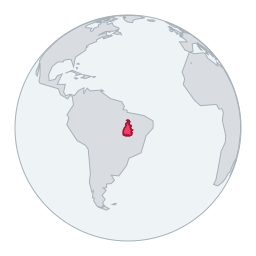 the Earth from above Tocantins
{"feature_id": "BRA-596", "entity_name": "Tocantins", "entity_type": "State", "adm_level": 1, "iso_a3": "BRA", "parent_name": "Brazil", "parent_adm1": "", "projection": "orthographic", "projection_center": [-48.148, -9.274], "detail": "fine", "context": "on_globe", "style": "filled", "palette": "rose", "viewbox_px": 256, "rotation_deg": 0, "n_neighbors": 0, "source": "natural_earth", "source_scale": "10m", "svg_char_len": 8977}
<svg xmlns="http://www.w3.org/2000/svg" viewBox="0 0 256 256"><circle cx="128" cy="128" r="113" fill="#eef3f6" stroke="#a8b0b8"/><path d="M90.3,21.8L90.2,22.0L92.5,21.2L93.7,21.1L96.7,20.2L95.7,20.8L99.0,19.7L99.3,19.4L100.9,18.9L102.7,18.5L101.8,18.9L100.7,19.2L101.4,19.2L100.1,19.7L101.8,19.2L100.4,20.1L104.5,18.7L105.6,18.9L104.0,19.7L100.6,20.3L88.5,24.7L85.8,26.3L85.4,27.6L91.9,28.2L90.4,29.9L90.9,31.7L93.3,30.2L93.8,28.4L98.5,26.5L98.5,24.8L100.4,23.9L101.9,22.2L105.4,21.9L108.1,22.5L107.1,24.0L108.2,24.5L112.2,22.8L113.3,25.7L119.1,28.1L118.9,29.2L113.2,31.2L105.4,31.5L97.9,35.5L106.6,32.5L106.1,35.7L107.6,36.1L109.9,35.9L111.5,34.6L112.2,35.8L103.8,38.8L103.1,37.8L105.8,36.7L102.1,37.1L96.5,39.8L96.7,41.5L88.0,44.9L88.1,46.3L86.2,48.0L86.7,45.4L85.6,50.3L75.4,57.1L73.6,66.8L71.2,59.7L67.9,59.4L63.5,60.4L63.1,61.9L58.0,61.9L52.3,66.3L48.6,74.7L49.1,80.6L55.0,79.5L57.5,75.6L62.2,74.0L57.2,84.3L65.3,84.4L63.6,92.1L65.7,95.8L70.1,94.2L74.5,95.6L78.2,90.7L84.0,87.8L83.6,94.0L87.1,88.1L90.0,90.9L101.7,90.0L100.7,91.5L110.5,98.6L121.8,101.8L124.4,106.5L123.0,109.4L127.1,110.3L127.1,112.3L144.0,115.6L153.1,121.0L153.1,127.9L146.1,135.7L141.1,152.8L128.9,158.3L126.7,165.4L118.8,175.9L111.3,175.2L114.5,180.4L111.1,183.6L106.5,184.0L106.6,187.7L103.2,187.9L106.1,190.3L102.1,195.4L105.0,199.3L102.5,203.3L104.5,205.6L103.0,205.6L101.8,206.6L102.2,207.9L96.9,206.0L93.7,200.8L94.3,198.1L92.3,197.8L93.4,190.7L91.8,192.3L89.4,182.1L90.4,173.5L88.3,149.7L85.5,145.3L77.1,140.6L66.8,124.8L69.0,117.7L67.0,114.8L73.5,104.7L72.2,96.4L70.0,95.4L67.6,98.9L60.4,94.6L58.5,88.8L40.0,83.3L38.9,80.9L40.0,76.1L40.1,63.3L37.2,76.2L36.0,74.3L36.3,70.0L37.6,68.4L39.8,62.0L39.6,60.4L44.6,52.8L55.0,42.3L54.1,43.3L56.7,41.0L57.9,39.8L58.0,39.7L65.5,34.3L73.4,29.5L81.7,25.3L90.3,21.8ZM72.4,70.3L81.6,74.2L75.7,75.4L76.9,74.3L74.7,72.5L70.4,71.3L65.4,73.1L72.4,70.3ZM78.1,64.2L76.5,64.0L78.2,63.7L78.1,64.2ZM57.7,40.0L55.8,41.7L55.6,41.7L56.7,40.8L57.7,40.0ZM99.8,22.6L100.8,22.4L100.0,22.8L99.8,22.6ZM99.5,22.2L97.9,22.7L97.5,22.6L98.5,22.3L99.5,22.2ZM101.6,21.5L97.0,22.4L96.4,22.2L99.7,20.8L101.6,21.5ZM98.7,19.5L98.4,19.8L96.9,20.0L98.7,19.5ZM97.5,19.6L97.3,19.6L97.8,19.5L99.6,19.0L97.3,19.8L90.6,21.8L90.7,21.7L97.5,19.6ZM101.4,18.7L99.9,19.0L101.0,18.7L104.1,18.0L102.8,18.3L101.4,18.7ZM103.5,18.2L105.7,17.6L106.9,17.5L102.9,18.4L103.5,18.2ZM101.1,18.6L99.9,18.9L100.1,18.9L101.1,18.6ZM112.3,17.1L110.5,17.2L110.9,17.0L112.3,17.1ZM106.5,17.5L106.1,17.5L107.7,17.2L106.5,17.5ZM109.3,16.9L109.6,16.9L112.9,16.5L112.6,16.6L107.4,17.3L108.7,17.0L109.3,16.9ZM107.0,17.3L106.9,17.4L105.0,17.7L107.0,17.3ZM106.2,210.1L97.6,206.8L102.2,208.2L104.1,206.0L109.1,208.7L106.2,210.1ZM112.3,204.5L115.2,203.3L116.3,203.9L114.5,204.9L112.3,204.5ZM217.7,59.8L215.6,58.1L211.7,53.6L210.8,51.7L217.7,59.8ZM204.6,45.4L204.0,44.8L208.4,49.5L210.7,51.9L209.2,51.6L212.9,55.7L213.5,57.2L207.5,50.9L205.8,48.9L197.0,42.3L198.6,44.3L207.0,50.8L205.7,50.1L208.0,53.4L205.2,50.3L195.6,43.2L192.2,43.8L193.0,51.5L189.9,52.0L185.0,50.1L179.5,41.8L187.0,41.8L185.2,39.4L179.2,35.8L182.0,36.3L180.5,35.0L182.9,35.1L181.9,32.5L183.7,32.6L179.1,29.2L179.4,29.0L182.0,30.9L184.8,32.6L188.7,33.6L188.2,33.1L184.9,30.9L186.4,31.7L182.7,29.6L182.8,29.6L190.5,34.3L197.8,39.6L204.6,45.4ZM181.2,28.7L179.6,27.9L175.6,25.9L175.1,25.7L181.2,28.7ZM172.9,24.7L175.1,25.8L177.1,26.8L179.7,28.1L184.5,31.3L184.0,31.5L176.8,27.4L175.4,27.5L170.4,24.8L164.8,21.5L172.9,24.7ZM230.6,81.5L226.6,73.7L225.5,71.6L225.3,71.4L225.0,70.9L226.8,74.2L224.4,70.1L232.0,84.9L234.4,91.2L235.5,94.5L237.9,103.5L239.6,112.7L240.5,122.0L240.6,131.3L240.1,136.2L238.6,148.3L236.2,158.3L233.2,163.5L230.2,171.6L228.1,173.6L225.8,178.1L222.4,182.3L217.8,185.9L213.5,184.4L215.8,180.2L217.6,171.4L221.2,151.1L225.1,142.8L225.8,136.0L222.4,120.3L223.3,112.4L221.8,108.8L218.9,109.1L216.8,104.9L214.8,104.5L200.5,105.7L194.4,100.2L183.3,84.6L184.7,78.8L182.1,72.1L189.4,52.1L194.2,53.7L203.7,52.8L205.4,53.8L207.8,58.3L217.7,65.9L216.8,62.4L222.2,67.5L223.6,68.6L219.9,62.9L225.7,71.9L230.6,81.5ZM190.7,62.1L191.4,64.0L190.7,62.1ZM102.1,89.9L103.5,91.1L101.5,91.2L102.1,89.9ZM74.5,77.9L76.6,77.8L77.6,78.6L75.9,79.1L74.5,77.9ZM93.3,76.4L95.9,76.8L93.0,77.4L93.3,76.4ZM83.2,74.7L91.2,76.4L85.6,78.5L80.6,77.6L84.3,76.7L83.2,74.7ZM76.4,67.5L77.6,67.8L77.0,68.9L76.4,67.5ZM79.4,64.0L78.8,64.2L78.4,63.4L79.4,64.0ZM106.6,35.5L107.3,35.3L109.4,35.3L108.1,35.9L106.6,35.5ZM120.7,32.8L121.4,34.7L120.0,33.6L118.3,34.5L113.2,33.6L118.6,29.7L117.1,31.5L120.7,32.8ZM108.0,31.7L110.6,32.4L107.5,31.8L108.0,31.7ZM169.9,28.9L172.1,29.7L173.3,31.0L171.0,31.8L169.3,29.8L169.9,28.9ZM175.0,30.6L168.4,26.8L169.6,26.4L170.0,27.2L171.5,27.3L172.6,28.7L180.1,32.4L181.6,33.9L176.6,34.0L177.4,33.0L175.2,32.2L175.0,30.6ZM149.6,20.7L146.8,19.9L152.9,20.0L154.9,20.9L152.7,21.5L149.2,20.9L149.6,20.7ZM108.3,19.1L106.9,19.4L107.1,19.2L108.6,18.8L108.3,19.1ZM111.5,17.2L115.1,18.0L113.6,18.2L117.5,18.8L115.1,19.9L112.6,19.4L113.7,20.8L110.4,20.8L111.6,21.8L106.4,20.6L103.5,20.9L107.6,20.1L110.0,19.1L110.1,18.7L108.4,18.1L103.5,18.6L105.0,18.0L107.4,17.5L108.8,17.2L107.4,17.6L110.3,17.1L109.3,17.5L111.5,17.2ZM138.1,15.8L138.5,15.9L140.6,16.1L139.6,16.1L140.8,16.2L141.3,16.4L142.7,16.7L141.5,16.8L143.0,17.2L141.6,17.0L144.6,17.7L141.8,17.3L142.1,17.7L144.7,17.9L134.8,19.4L132.8,20.9L132.7,22.6L127.9,22.1L125.0,20.4L123.6,18.5L126.2,17.4L123.5,17.5L124.0,17.1L125.9,17.1L123.3,16.8L124.1,16.5L122.9,15.9L118.6,16.0L118.0,15.9L120.1,15.8L118.1,15.8L121.7,15.5L121.4,15.6L121.5,15.5L129.8,15.4L138.1,15.8ZM118.3,15.8L118.0,15.8L117.7,15.8L113.6,16.4L110.6,16.7L112.1,16.5L112.8,16.4L113.4,16.3L113.5,16.3L118.3,15.8ZM205.3,52.4L206.3,52.8L207.3,52.9L208.7,55.1L205.3,52.4ZM198.8,47.5L199.4,47.4L201.9,50.3L200.9,50.0L198.8,47.5ZM197.5,45.0L199.2,47.2L197.7,45.9L197.5,45.0ZM182.3,30.8L182.7,30.7L183.6,31.3L184.4,32.0L182.3,30.8ZM218.8,61.3L219.6,62.6L218.9,61.6L218.7,61.3L218.8,61.3ZM214.9,58.5L216.8,60.2L215.3,59.1L214.9,58.5ZM229.8,176.2L230.0,175.6L232.4,170.2L236.0,159.8L233.3,168.1L229.8,176.2Z" fill="#d9dde1" stroke="#a8b0b8" stroke-width="1"/><path d="M132.6,130.1L132.5,130.3L132.1,130.5L131.9,130.7L131.7,130.8L131.6,131.0L131.5,131.3L131.4,131.3L131.3,131.6L131.2,131.8L131.0,132.0L131.2,132.3L131.3,132.4L131.6,132.4L131.8,132.5L132.0,132.6L131.9,132.7L131.7,132.8L131.6,133.0L131.8,133.0L132.0,133.2L131.9,133.3L131.7,133.4L131.7,133.5L131.5,134.0L131.6,134.3L131.8,134.3L131.8,134.5L131.7,134.8L131.5,135.0L131.3,135.0L131.2,135.1L130.9,135.2L130.7,135.4L130.4,135.5L130.0,135.5L129.7,135.7L129.4,135.8L129.2,135.8L129.1,135.7L128.9,135.5L128.9,136.0L128.6,135.9L128.4,135.8L128.1,135.7L128.0,135.4L127.9,135.5L127.7,135.7L127.4,135.7L127.1,135.6L127.0,136.0L126.9,136.0L126.8,135.9L126.8,135.7L126.7,135.3L126.8,135.2L126.7,135.1L126.5,134.9L126.4,134.8L126.4,134.6L126.2,134.7L126.1,134.8L125.8,135.3L125.7,135.6L125.7,135.8L125.4,135.7L125.1,135.7L124.6,135.5L124.5,135.4L124.4,135.4L124.0,135.2L123.9,135.1L123.9,134.9L124.0,134.8L124.1,134.7L124.2,134.3L124.2,134.2L123.9,134.3L123.8,134.5L123.7,134.6L123.6,135.0L123.4,135.0L123.3,134.9L123.2,134.7L123.2,134.4L123.3,134.2L123.2,134.0L123.2,133.9L123.1,133.5L123.1,133.4L123.2,133.2L123.1,132.9L123.2,132.7L123.0,132.4L123.0,132.2L123.1,131.9L123.1,131.7L123.2,131.3L123.2,131.2L123.3,131.0L123.3,130.9L123.3,130.7L123.5,130.4L123.6,130.1L123.7,129.9L123.6,129.7L123.8,129.5L123.9,129.3L124.0,129.1L124.0,128.9L124.2,128.6L124.2,128.4L124.3,128.2L124.4,127.9L124.5,127.8L124.7,127.6L124.8,127.5L124.8,127.4L125.0,127.2L125.3,127.0L125.4,126.9L125.4,126.7L125.5,126.6L125.6,126.4L125.8,126.2L125.9,125.7L126.0,125.6L126.0,125.3L126.0,125.2L125.9,125.1L125.7,124.9L125.6,124.7L125.9,124.1L126.0,124.0L126.0,123.7L125.9,123.5L125.9,123.4L126.0,123.3L126.3,123.1L126.5,123.0L127.0,122.9L127.0,122.7L127.1,122.4L127.3,122.3L127.4,122.2L127.5,122.3L127.6,122.2L127.5,121.9L127.7,121.7L127.8,121.5L127.8,121.4L127.7,121.2L127.8,121.0L128.0,120.9L127.9,120.7L127.7,120.6L127.6,120.4L127.3,120.4L127.2,120.4L126.9,120.3L127.0,120.2L127.3,120.0L127.5,119.9L127.7,120.0L128.0,120.1L128.3,120.1L128.5,120.1L128.6,120.3L128.8,120.4L129.1,120.5L129.3,120.6L129.3,120.8L129.3,121.1L129.4,121.3L129.4,121.5L129.4,121.8L129.5,122.0L129.4,122.3L129.5,122.3L129.4,122.4L129.4,122.5L129.3,122.9L129.3,123.0L129.3,123.3L129.3,123.5L129.2,123.5L129.0,123.8L128.9,123.8L128.8,124.0L129.0,124.0L129.3,124.1L129.3,124.3L129.1,124.4L129.3,124.4L129.3,124.6L129.5,124.6L129.6,124.8L129.7,125.0L129.8,125.0L130.0,125.4L130.1,125.5L130.3,125.6L130.5,125.4L130.9,125.3L131.0,125.3L131.3,125.6L131.2,125.8L131.2,126.0L131.2,126.3L130.9,126.3L130.6,126.4L130.5,126.6L130.4,126.9L130.4,127.1L130.1,127.4L130.1,127.5L130.3,127.6L130.5,127.8L130.6,128.1L130.7,128.3L130.9,128.4L131.1,128.4L131.1,128.5L131.0,128.8L130.9,128.8L130.9,129.0L131.0,129.0L131.3,129.3L131.3,129.5L131.5,129.8L131.8,129.8L132.0,129.8L132.1,130.0L132.3,130.1L132.5,130.1L132.6,130.1Z" fill="#f43f5e" stroke="#9f1239" stroke-width="1.5"/></svg>